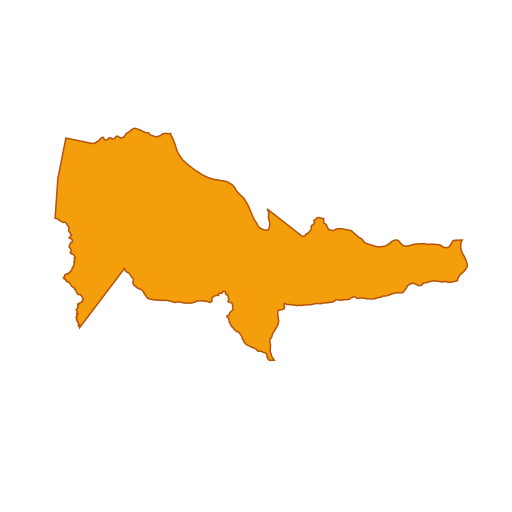 the district of Prainha, Pará, Brazil, rotated 101°
{"feature_id": "56859067B77775808132226", "entity_name": "Prainha", "entity_type": "district", "adm_level": 2, "iso_a3": "BRA", "parent_name": "Brazil", "parent_adm1": "Pará", "projection": "equal_earth", "projection_center": [-53.549, -1.918], "detail": "fine", "context": "isolated", "style": "filled", "palette": "amber", "viewbox_px": 512, "rotation_deg": 101, "n_neighbors": 0, "source": "geoboundaries", "source_scale": "gbopen_adm2", "svg_char_len": 6127}
<svg xmlns="http://www.w3.org/2000/svg" viewBox="0 0 512 512"><g transform="rotate(101 256 256)"><path d="M201.0,56.6L202.4,63.1L203.4,65.5L210.1,68.1L211.2,69.4L211.7,73.2L210.0,77.7L210.6,84.5L212.0,90.6L211.7,93.3L213.9,101.9L217.8,110.3L217.7,113.4L217.2,114.6L213.7,119.2L213.4,120.9L214.3,123.6L215.5,125.1L219.5,128.6L221.7,131.2L223.2,135.5L223.9,139.5L222.6,150.4L222.0,152.3L220.0,154.2L219.0,155.7L218.3,158.0L217.7,159.4L212.9,167.3L212.9,177.6L214.1,182.4L215.0,183.1L216.3,185.1L216.3,189.7L211.8,193.0L210.7,195.6L206.2,196.9L206.5,198.1L206.4,200.3L206.2,201.1L206.4,202.2L207.2,203.6L209.2,204.9L209.5,205.6L210.1,206.0L212.3,204.9L214.3,205.8L215.4,207.2L215.9,207.4L216.5,207.5L218.9,206.8L221.3,207.8L223.1,209.0L224.3,210.1L224.5,210.9L225.2,211.0L225.9,211.7L226.4,211.5L227.4,212.1L227.5,213.2L228.0,214.1L207.6,254.1L211.0,251.6L216.2,251.2L216.9,250.6L221.1,248.8L223.6,248.4L227.4,248.6L228.3,249.6L228.8,251.0L228.8,252.1L228.6,254.8L228.1,256.7L226.5,259.4L223.3,261.9L221.7,263.7L219.1,265.8L207.3,273.8L203.4,277.3L201.2,279.5L199.3,282.8L196.9,286.1L194.7,288.8L193.2,289.6L191.8,291.2L190.6,293.1L188.7,298.0L188.5,300.6L188.8,311.9L188.2,317.7L186.6,324.1L183.3,332.4L179.5,340.0L175.5,346.5L170.7,351.4L167.6,353.7L160.6,357.5L155.6,360.8L153.8,362.4L151.9,363.3L152.8,365.4L152.8,367.9L153.4,370.0L154.1,371.2L156.5,373.2L156.9,374.6L157.9,375.9L158.2,377.7L157.6,379.9L157.5,382.4L157.3,383.0L155.6,384.9L156.0,387.0L155.6,389.8L154.7,392.4L153.8,397.7L153.7,398.6L154.1,400.3L156.0,402.5L158.1,404.0L160.6,406.8L163.7,408.0L165.2,409.5L165.9,411.0L165.9,411.9L164.8,414.4L164.8,415.3L165.7,416.4L167.2,417.0L168.0,417.9L168.4,419.4L167.9,420.7L167.7,421.7L167.9,422.3L168.3,423.0L169.3,423.2L169.8,423.8L170.7,425.1L170.8,425.8L170.6,427.0L170.3,427.5L168.7,428.3L169.0,429.7L170.6,431.2L171.9,431.7L172.6,432.2L176.6,436.6L176.8,441.1L176.5,465.1L217.7,465.3L257.3,460.4L257.3,457.9L257.5,457.3L258.0,457.0L258.3,455.8L258.7,455.5L259.8,452.1L259.8,451.4L259.3,450.3L259.5,449.2L260.9,447.4L261.8,447.3L262.4,446.2L264.2,444.6L265.7,445.0L267.4,444.5L268.2,443.7L268.3,443.0L269.1,442.8L269.8,442.0L270.3,441.9L270.9,441.0L272.6,442.0L273.3,442.8L274.2,442.7L274.4,440.3L274.9,439.7L276.7,438.8L277.2,439.1L278.0,440.4L281.9,441.3L283.1,440.9L283.4,440.2L284.0,439.6L286.2,438.3L287.5,438.6L287.9,439.0L288.7,438.4L289.1,437.1L289.3,435.6L292.2,433.0L292.8,434.0L294.0,433.4L294.7,433.6L295.4,433.2L296.9,433.7L297.4,432.9L299.8,433.1L300.9,432.9L301.9,434.1L303.2,433.8L304.5,434.4L305.1,434.1L306.5,435.0L306.7,435.6L307.7,435.7L308.2,436.6L309.2,436.9L309.5,437.4L309.4,438.2L310.3,438.7L310.6,439.6L311.2,440.2L313.2,439.8L313.7,440.4L313.8,441.0L315.2,439.9L315.4,438.7L316.0,437.5L316.6,437.8L317.4,436.3L317.0,435.2L318.3,434.1L318.4,433.4L320.8,431.2L321.4,430.2L321.5,429.2L322.3,428.0L322.9,428.2L323.5,427.3L323.5,426.6L324.2,426.4L327.5,423.8L327.7,422.8L327.4,421.4L327.9,421.1L328.3,419.9L331.3,417.3L331.7,417.7L332.5,417.9L333.2,417.6L333.8,418.4L334.4,418.3L335.2,419.1L335.6,420.0L336.6,420.6L337.0,421.7L337.7,421.8L338.0,421.2L338.8,420.7L339.5,421.4L340.3,421.5L341.2,421.0L341.8,421.3L342.6,422.2L343.7,421.9L344.5,420.6L345.0,420.5L345.7,420.9L346.6,420.0L346.8,420.7L347.3,421.1L349.2,420.0L350.2,420.9L350.7,420.4L351.8,420.5L352.4,419.6L353.2,419.9L354.5,418.8L355.0,417.9L356.0,417.8L356.6,417.1L357.1,416.8L357.4,416.1L358.2,417.1L359.2,415.9L360.1,415.5L293.2,382.7L294.1,382.0L295.0,381.7L295.7,381.0L296.6,379.6L296.8,377.8L298.8,375.4L299.8,374.8L301.8,372.2L302.6,371.6L305.5,371.9L307.7,370.7L310.1,366.1L310.4,364.4L310.8,363.5L310.9,362.3L311.3,361.1L312.5,360.1L313.1,359.0L314.3,358.7L315.2,357.4L317.4,355.3L318.3,353.7L318.6,352.5L318.4,345.6L317.8,343.8L317.9,341.6L317.6,341.1L317.1,337.1L316.5,335.3L316.7,331.9L316.4,330.8L317.0,328.9L317.0,326.4L315.6,323.1L315.9,317.5L315.6,315.5L314.9,313.2L314.7,310.7L312.7,306.9L311.2,304.9L311.1,303.8L310.0,299.3L310.3,298.3L309.9,295.0L310.4,292.6L310.3,292.0L308.9,290.6L305.9,291.2L304.0,290.1L302.4,288.0L301.8,285.1L300.0,285.6L299.4,285.1L299.4,283.3L299.0,282.3L297.2,281.7L296.9,281.3L296.9,280.3L297.1,279.1L297.7,278.8L298.6,278.8L299.5,278.1L299.8,277.1L299.5,276.6L301.3,275.4L302.1,275.3L303.3,274.6L304.4,274.5L305.8,274.9L306.7,273.2L306.5,270.9L308.7,269.6L310.9,269.1L312.6,268.4L313.1,268.4L316.7,270.9L319.2,271.2L319.8,272.5L320.5,273.0L321.4,272.8L321.7,271.9L323.5,270.3L325.3,269.9L326.6,269.2L327.8,268.0L329.6,266.8L331.3,264.3L332.6,263.0L333.7,260.5L334.0,259.0L336.1,256.0L338.0,254.4L339.9,253.7L340.9,252.4L343.0,251.2L343.8,249.7L344.6,249.0L345.1,248.0L345.4,246.2L346.1,244.1L347.0,239.1L347.5,237.8L348.9,236.4L348.9,235.1L348.5,233.4L348.7,231.5L349.3,230.6L349.4,228.4L349.8,227.3L350.1,226.8L353.0,225.9L355.0,224.3L355.6,223.4L355.8,222.2L354.8,218.2L351.8,221.2L347.2,223.7L343.8,224.5L342.5,224.4L340.3,224.9L337.7,226.1L335.9,226.4L334.0,225.9L333.3,225.3L332.5,225.1L329.7,225.0L320.1,221.5L315.9,221.2L308.2,223.8L305.8,223.9L305.0,223.7L303.4,219.5L302.4,218.4L300.8,218.1L298.1,219.4L297.3,219.5L297.2,218.1L297.8,216.5L297.4,214.7L297.1,212.8L297.2,210.9L296.8,209.3L296.9,206.3L296.0,204.3L295.9,201.9L294.3,197.3L293.4,192.8L291.7,189.5L291.1,187.4L290.4,183.1L289.0,180.4L288.6,177.8L286.4,171.7L285.4,170.5L284.0,169.6L283.5,168.7L283.4,164.4L282.2,161.5L281.4,158.1L280.7,156.3L280.4,155.8L278.9,154.7L277.1,151.8L277.1,151.0L278.1,149.5L278.3,147.7L277.4,145.7L277.1,144.6L276.7,141.2L277.0,139.4L276.4,137.8L276.5,136.6L275.4,131.5L273.9,129.0L272.6,125.4L271.1,123.6L270.5,121.1L269.6,119.0L266.9,114.7L265.6,112.0L265.1,110.1L264.3,105.8L263.9,104.9L262.7,104.0L260.4,103.1L258.3,101.9L257.2,102.1L256.5,101.9L253.3,98.3L252.9,97.2L252.8,95.2L254.1,90.8L253.6,89.0L253.2,87.9L251.0,86.7L250.5,85.9L248.9,82.2L246.5,77.4L246.0,70.8L246.0,68.3L245.7,67.3L245.3,67.1L244.9,65.8L245.1,61.2L242.5,54.6L241.6,53.5L240.1,53.7L238.2,53.2L235.3,51.9L231.9,49.2L228.0,47.2L227.1,46.8L225.1,46.7L223.8,47.1L220.0,49.2L218.1,50.3L213.5,54.2L210.6,56.0L209.1,56.6L204.9,57.3L203.4,57.3L201.0,56.6Z" fill="#f59e0b" stroke="#b45309" stroke-width="1.5"/></g></svg>